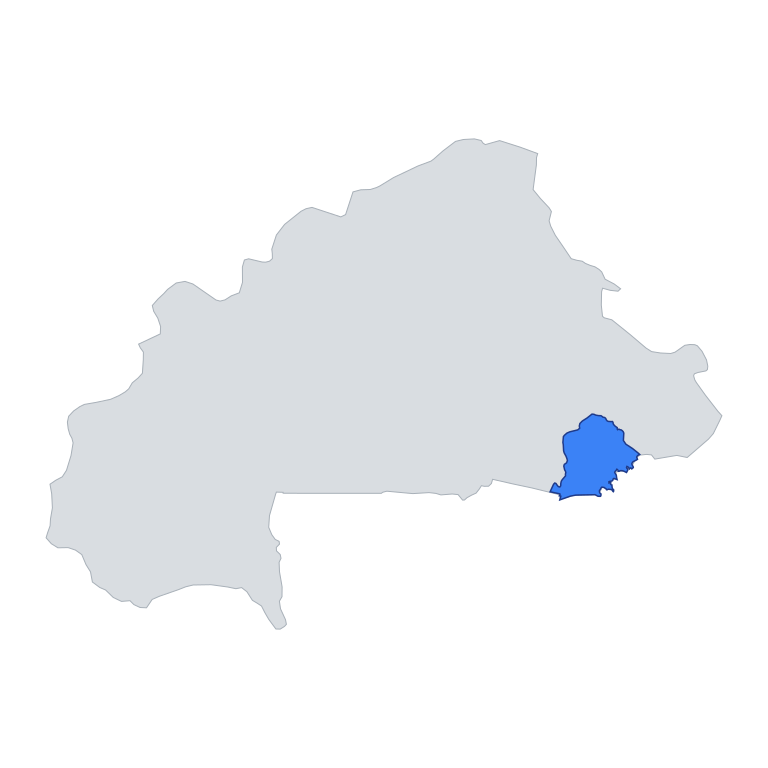 Burkina Faso, with Kompienga highlighted
{"feature_id": "BFA-2183", "entity_name": "Kompienga", "entity_type": "Province", "adm_level": 1, "iso_a3": "BFA", "parent_name": "Burkina Faso", "parent_adm1": "", "projection": "orthographic", "projection_center": [0.977, 11.426], "detail": "fine", "context": "in_parent", "style": "filled", "palette": "blue", "viewbox_px": 768, "rotation_deg": 0, "n_neighbors": 0, "source": "natural_earth", "source_scale": "10m", "svg_char_len": 5456}
<svg xmlns="http://www.w3.org/2000/svg" viewBox="0 0 768 768"><path d="M595.1,494.7L573.0,495.5L565.0,497.9L560.2,498.0L560.0,495.9L559.5,494.7L531.7,487.9L512.3,483.8L492.6,479.3L491.4,483.5L488.6,486.2L484.3,486.3L481.4,485.7L479.4,488.9L476.1,493.1L471.5,495.2L467.0,497.7L464.5,500.0L462.6,500.1L458.1,494.6L452.2,494.0L440.9,494.9L435.9,493.4L429.0,492.6L412.8,493.6L386.8,491.2L382.6,492.3L381.4,493.3L355.7,493.3L327.4,493.3L303.8,493.3L283.1,493.2L283.1,492.3L276.4,492.1L275.7,493.9L269.5,515.5L268.7,527.3L271.8,534.7L275.2,539.4L279.1,541.4L279.5,544.1L276.3,547.4L276.5,550.9L280.2,554.5L281.0,558.3L279.1,562.3L279.5,571.8L282.1,586.9L282.0,596.7L279.4,601.2L280.5,608.8L285.5,619.7L286.4,624.3L284.5,626.4L280.2,629.1L275.9,629.0L271.0,622.4L268.8,619.4L264.9,612.7L261.5,606.0L256.9,603.0L252.4,600.3L246.9,591.7L241.6,587.6L235.9,588.7L227.7,587.0L211.0,584.7L193.1,585.0L185.7,586.8L178.3,589.7L159.6,596.2L152.2,599.4L146.5,607.8L140.1,607.5L133.9,604.6L130.0,600.7L121.5,601.4L113.3,597.5L105.6,590.0L99.8,587.5L92.4,582.0L90.5,571.8L86.0,564.6L81.8,554.6L75.5,550.1L68.1,547.6L57.9,547.8L51.3,543.7L46.1,537.8L47.6,532.8L50.1,525.8L50.5,518.9L52.4,507.9L51.7,493.9L50.0,484.2L55.7,480.3L62.3,476.8L66.5,470.3L71.0,455.6L73.1,442.9L71.9,438.2L69.8,434.4L68.2,428.8L67.4,422.1L68.7,416.2L73.7,410.9L80.0,406.5L84.4,404.4L96.0,402.4L110.6,399.3L119.0,395.6L125.2,391.9L128.7,388.9L132.3,382.8L138.0,378.1L142.4,373.3L143.3,359.8L143.4,352.1L140.3,347.8L138.6,344.1L160.3,333.9L160.6,326.5L157.8,318.1L153.7,311.3L152.3,305.5L158.3,298.7L163.7,293.7L167.6,289.4L176.2,283.0L185.0,281.4L192.9,284.0L216.0,300.0L220.1,301.1L225.0,299.9L231.2,295.9L239.3,292.8L242.5,282.4L242.4,267.0L244.4,260.0L248.6,258.8L262.1,262.0L265.6,262.2L269.5,261.2L272.4,258.6L272.3,253.6L271.8,249.2L276.4,235.0L284.6,224.4L301.0,211.3L306.1,208.7L312.0,207.4L340.8,216.9L345.6,214.6L353.0,191.9L360.8,189.8L370.3,189.5L376.4,187.6L379.6,186.1L393.5,177.6L417.9,166.0L431.0,161.1L433.6,159.2L443.0,150.9L455.5,141.4L463.4,139.5L474.4,138.9L481.2,140.5L483.1,143.2L485.3,144.6L499.6,140.6L520.0,147.1L537.7,153.6L536.5,157.6L536.4,164.8L534.9,176.0L533.1,189.6L540.3,198.4L549.1,207.8L551.4,211.5L549.1,220.8L550.7,226.2L555.3,235.3L563.2,246.8L571.2,258.7L576.9,260.3L582.2,261.2L585.4,263.4L590.2,265.4L594.9,266.8L599.0,269.4L601.7,271.9L605.1,279.2L614.2,284.0L620.6,288.8L618.0,291.2L610.1,290.3L602.6,288.2L601.6,291.7L601.3,305.1L602.5,316.3L604.2,317.8L611.8,319.8L629.8,334.3L646.1,348.1L651.6,351.6L660.6,353.0L670.7,353.5L675.0,352.2L684.8,345.3L690.0,344.5L694.8,344.7L697.4,345.8L702.1,351.4L706.5,359.9L707.8,366.2L707.4,369.6L705.9,370.9L697.9,372.5L694.4,373.8L693.6,375.7L694.8,379.9L696.4,382.6L705.2,394.9L718.0,411.4L721.9,415.7L719.7,420.6L713.3,433.6L708.5,439.1L687.2,457.5L676.8,455.4L654.8,459.1L651.5,454.9L646.4,454.4L640.0,455.1L637.7,456.7L637.0,458.5L634.7,461.1L630.7,468.4L627.5,470.2L623.6,471.3L618.8,471.2L616.0,472.1L616.0,475.8L615.1,478.9L611.9,480.5L610.5,484.0L610.8,487.4L608.9,489.0L604.8,488.1L602.3,487.2L600.0,491.7L597.1,494.7L595.1,494.7Z" fill="#d9dde1" stroke="#a8b0b8" stroke-width="1"/><path d="M639.7,454.5L638.7,454.9L637.5,455.7L636.8,456.7L636.7,457.5L637.5,459.3L636.1,460.2L634.2,461.1L632.5,462.2L631.8,463.8L632.3,465.3L633.1,466.5L633.3,467.6L631.8,468.9L631.2,468.2L630.6,467.9L630.0,468.2L629.4,468.9L628.9,468.0L627.9,466.8L626.9,466.4L626.5,467.4L626.7,468.1L627.5,468.9L627.7,469.8L627.6,470.5L626.5,472.5L623.7,471.1L622.3,470.7L620.7,470.6L619.9,470.8L619.5,471.1L619.0,471.3L618.3,471.3L618.4,470.9L617.7,469.9L616.9,469.2L616.0,470.6L615.1,471.4L614.7,472.5L616.3,475.2L616.7,478.1L617.1,479.6L616.2,479.3L614.5,478.5L613.6,478.5L613.2,478.9L612.6,480.5L612.1,480.9L609.3,481.5L608.9,481.7L609.0,483.0L609.3,482.9L609.8,482.4L610.6,482.6L610.7,483.0L610.6,484.0L610.6,484.4L610.9,484.6L611.7,485.0L611.9,485.0L612.0,486.0L612.1,487.0L612.2,487.9L612.7,488.9L613.7,489.9L613.6,491.3L613.3,491.7L612.7,491.1L612.1,490.2L611.9,489.8L611.0,489.5L608.4,489.2L608.0,489.3L607.1,489.8L606.6,489.8L606.4,489.6L606.0,488.7L605.7,488.5L605.3,488.4L604.8,488.0L604.2,487.5L602.4,487.2L602.0,487.1L601.6,487.3L601.0,488.0L600.5,489.1L599.8,490.2L599.5,490.4L599.4,491.3L599.5,492.2L599.8,493.0L600.4,493.4L600.9,493.8L601.0,494.8L600.8,495.9L600.4,496.3L598.9,496.3L597.8,496.2L595.1,494.7L584.0,494.9L575.8,495.1L570.5,496.1L559.8,499.9L560.8,496.2L559.4,495.8L559.7,495.5L559.9,495.1L559.9,494.7L560.0,494.4L560.0,494.1L559.9,493.9L559.7,493.8L550.1,491.8L550.4,491.1L553.6,484.2L554.8,483.0L556.0,483.5L557.0,485.0L558.3,486.6L559.8,487.0L560.7,485.8L560.8,483.4L561.3,481.2L562.3,479.6L565.5,475.9L565.5,475.0L565.4,474.1L565.8,472.7L565.4,471.1L564.6,469.8L563.8,466.1L564.3,464.4L566.5,462.9L567.4,460.6L567.0,458.8L566.0,456.2L564.2,452.9L563.6,450.8L563.3,444.8L562.9,442.5L563.4,436.6L564.4,435.3L566.9,433.1L569.9,431.8L577.7,429.9L579.7,428.2L579.3,426.0L579.9,423.5L582.0,421.3L583.1,420.5L586.9,418.1L592.0,414.1L594.0,414.3L595.7,415.1L598.5,415.6L601.0,415.7L601.9,416.3L603.0,417.2L604.7,417.5L605.7,418.4L606.3,419.8L607.3,421.0L608.3,421.4L611.2,421.6L612.4,421.5L613.0,422.3L613.2,423.8L614.1,425.1L615.4,426.4L616.5,427.1L617.2,427.6L617.2,429.0L617.6,429.7L618.6,429.2L619.4,429.3L620.1,429.8L621.0,429.8L622.3,430.7L623.2,431.7L623.8,433.1L623.4,440.5L625.9,444.2L632.5,448.5L638.6,453.4L639.6,454.4L639.7,454.5L639.7,454.5Z" fill="#3b82f6" stroke="#1e3a8a" stroke-width="1.5"/></svg>